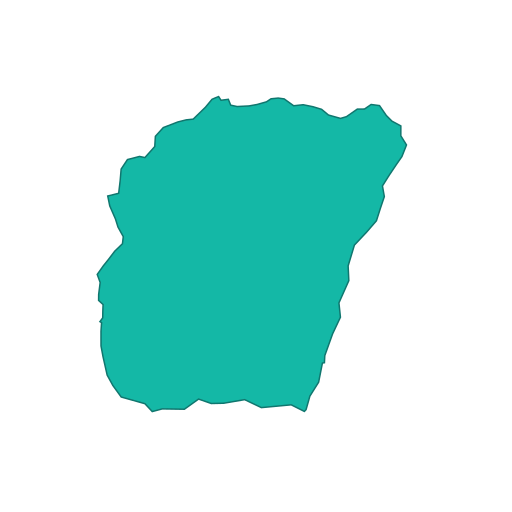 outline of Kelokedara, Paphos, Cyprus, rotated 160°
{"feature_id": "46923920B54949765658337", "entity_name": "Kelokedara", "entity_type": "district", "adm_level": 2, "iso_a3": "CYP", "parent_name": "Cyprus", "parent_adm1": "Paphos", "projection": "robinson", "projection_center": [32.643, 34.814], "detail": "fine", "context": "isolated", "style": "filled", "palette": "teal", "viewbox_px": 512, "rotation_deg": 160, "n_neighbors": 0, "source": "geoboundaries", "source_scale": "gbopen_adm2", "svg_char_len": 1359}
<svg xmlns="http://www.w3.org/2000/svg" viewBox="0 0 512 512"><g transform="rotate(160 256 256)"><path d="M228.2,132.3L225.4,138.9L210.6,156.7L197.6,169.6L194.1,183.6L177.2,201.1L172.8,215.2L159.8,232.6L143.9,240.6L130.8,247.9L122.7,258.4L115.1,267.9L113.2,278.6L103.4,286.2L92.3,294.3L84.9,299.5L77.9,307.4L76.6,308.9L78.8,319.4L75.4,328.7L82.1,336.2L85.5,343.5L88.5,355.1L96.0,359.0L103.8,357.0L110.6,359.4L123.3,356.0L129.5,356.4L139.7,363.7L144.2,371.4L151.4,376.8L159.9,382.0L169.2,384.3L175.8,394.0L181.1,396.8L188.1,398.6L193.4,397.3L203.1,398.0L211.2,399.4L222.6,402.9L228.2,406.4L228.4,412.7L235.6,414.3L236.6,418.6L240.4,418.5L243.7,418.3L252.6,413.1L268.2,406.1L275.0,407.8L283.6,408.7L299.2,408.4L309.6,402.9L313.7,393.5L326.7,386.5L331.4,389.4L339.0,390.1L343.8,390.6L353.0,383.8L358.0,373.0L363.6,361.9L374.8,363.1L376.3,353.1L375.4,338.8L375.8,330.4L374.1,319.6L377.3,313.2L387.0,308.9L395.7,303.3L402.8,299.0L411.5,293.0L411.5,284.4L417.0,273.7L419.1,268.1L416.3,262.7L418.9,256.3L421.2,250.3L425.1,247.7L423.9,246.2L427.4,238.3L432.4,224.5L434.2,213.7L436.6,195.0L434.8,183.3L430.9,169.6L410.9,155.2L406.7,145.3L396.4,144.4L375.7,136.5L358.9,141.2L348.5,132.7L336.7,128.7L315.8,124.9L302.8,111.7L273.8,104.1L263.7,93.4L261.5,94.5L253.3,105.9L240.3,116.0L230.2,132.7L228.2,132.3Z" fill="#14b8a6" stroke="#0f766e" stroke-width="1.5"/></g></svg>